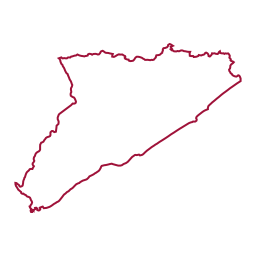 the district of Iguape, São Paulo, Brazil
{"feature_id": "56859067B39620735608420", "entity_name": "Iguape", "entity_type": "district", "adm_level": 2, "iso_a3": "BRA", "parent_name": "Brazil", "parent_adm1": "São Paulo", "projection": "orthographic", "projection_center": [-47.495, -24.592], "detail": "fine", "context": "isolated", "style": "outline", "palette": "rose", "viewbox_px": 256, "rotation_deg": 0, "n_neighbors": 0, "source": "geoboundaries", "source_scale": "gbopen_adm2", "svg_char_len": 5613}
<svg xmlns="http://www.w3.org/2000/svg" viewBox="0 0 256 256"><path d="M43.8,208.2L46.5,207.9L48.0,207.4L49.7,206.8L51.4,205.8L52.8,204.8L53.7,204.1L54.7,203.5L55.7,203.0L56.5,202.3L57.7,201.8L58.7,201.2L59.4,200.5L60.3,199.4L61.8,197.5L62.5,196.6L63.2,195.6L64.2,194.4L65.4,193.6L66.4,192.6L67.2,191.9L68.5,191.3L69.5,190.3L70.6,189.2L71.6,188.7L72.9,187.7L74.5,186.0L75.6,184.9L76.3,184.2L77.2,183.8L78.2,183.3L79.3,183.0L80.2,182.1L81.6,181.3L82.6,180.7L83.5,180.4L86.0,179.6L86.9,179.2L87.9,178.3L88.8,177.3L89.4,176.4L91.5,175.4L92.7,174.8L93.8,174.2L94.8,173.4L95.8,172.9L97.4,171.8L98.6,171.0L99.5,170.0L100.6,168.1L101.0,167.0L101.7,165.9L104.4,165.2L105.4,165.1L107.0,164.8L108.6,164.4L110.1,164.0L111.8,163.7L112.7,164.1L115.6,164.9L118.2,165.6L120.4,165.6L121.9,165.2L123.6,164.0L125.9,163.1L127.7,161.9L128.8,160.7L129.7,159.7L131.1,158.1L132.2,156.9L133.7,155.9L134.7,155.1L135.6,154.9L136.7,155.1L139.0,154.6L139.9,155.4L141.3,155.1L142.5,154.7L143.7,153.7L145.1,152.3L147.0,150.6L148.5,149.5L150.5,148.0L151.5,147.2L154.0,145.6L155.4,144.6L157.0,143.7L159.4,142.0L162.0,140.4L165.6,138.1L168.3,136.3L171.1,134.3L174.0,132.5L176.4,130.9L179.8,128.7L181.8,127.5L184.4,125.9L185.4,125.3L188.0,123.7L189.2,123.0L191.1,122.3L192.2,122.1L193.1,121.5L194.1,121.6L195.4,121.5L196.5,120.6L196.7,119.4L196.1,118.1L196.6,116.8L197.7,115.7L198.8,114.8L199.7,114.1L200.6,113.4L201.5,112.7L202.4,112.0L203.7,111.1L205.0,110.4L206.6,109.7L207.9,109.2L207.9,107.9L208.3,106.2L209.3,105.1L210.3,104.2L211.2,103.4L212.1,102.5L214.1,100.9L215.3,99.9L216.8,98.6L218.2,97.5L219.3,96.6L220.8,95.3L221.9,94.4L223.7,93.0L224.7,92.3L227.0,90.6L227.8,90.0L230.5,87.9L231.3,87.4L235.0,84.8L237.0,83.4L239.5,81.8L240.6,81.1L240.6,79.6L240.6,78.5L240.0,76.9L239.3,75.7L238.2,75.3L237.5,76.0L236.3,76.6L235.1,76.4L234.2,76.1L233.2,75.6L232.2,74.8L231.7,73.8L230.7,73.3L230.1,72.0L229.3,70.9L229.1,69.6L230.0,68.5L230.3,67.0L230.3,65.8L231.1,64.5L232.3,63.6L233.2,62.9L233.8,62.2L232.7,61.4L231.2,61.0L230.5,60.3L230.8,59.3L230.2,58.5L229.4,57.7L229.8,55.9L229.1,54.4L228.1,53.4L226.8,53.6L225.2,53.4L224.3,53.9L223.5,53.3L222.1,53.4L220.3,53.0L219.9,51.3L218.9,52.1L218.3,53.3L217.7,54.0L215.8,53.8L214.6,53.3L213.0,53.5L212.1,53.3L211.7,54.5L210.9,55.5L209.8,56.5L208.6,56.1L208.3,54.4L207.4,53.3L206.1,52.6L205.3,52.9L204.7,53.9L203.7,54.7L202.4,54.9L201.5,55.4L200.0,55.3L198.8,55.0L198.2,56.0L196.5,56.7L195.1,56.9L193.7,57.0L193.3,56.1L192.2,56.0L191.1,56.1L189.8,55.8L189.7,54.3L189.6,53.2L190.1,51.9L189.2,51.9L187.2,51.7L185.5,51.3L183.8,51.1L182.6,50.5L181.1,50.4L179.0,51.3L177.6,51.0L176.4,51.4L175.3,51.4L174.0,51.3L172.8,50.5L171.7,50.3L170.7,49.3L171.9,48.8L171.2,47.9L170.7,46.8L172.9,45.8L170.9,44.5L169.7,44.0L168.2,44.9L167.9,46.2L167.0,47.3L165.0,48.0L163.5,48.2L162.8,49.3L162.9,50.7L162.4,51.5L162.2,52.8L161.0,53.6L160.2,54.5L159.0,55.0L157.5,55.2L156.4,55.3L155.9,56.5L155.8,57.5L154.7,58.6L153.8,59.7L152.6,60.0L151.7,59.8L150.1,60.2L149.1,60.0L147.6,59.8L145.1,59.9L144.2,59.2L143.0,58.6L141.9,57.8L141.1,57.5L139.9,57.1L138.6,56.8L136.9,56.7L135.7,57.4L135.0,58.3L134.2,59.6L133.1,60.7L131.6,61.0L130.2,61.1L129.0,60.7L128.6,59.6L127.6,59.6L126.2,59.1L125.3,58.8L124.7,57.9L125.4,57.0L125.1,56.1L123.8,55.5L122.4,54.5L121.1,54.5L119.9,54.6L119.0,54.3L117.7,54.8L116.6,55.4L115.4,56.2L113.9,56.9L112.2,56.6L112.3,55.3L112.8,54.0L111.3,53.7L109.8,53.4L108.4,53.0L107.3,52.9L106.2,52.9L105.1,52.5L103.7,51.4L102.7,50.8L101.7,51.1L100.8,51.6L100.1,53.1L99.0,54.3L97.9,54.5L97.1,54.2L95.9,53.9L94.7,53.9L93.3,54.0L92.1,54.7L91.0,54.0L89.2,53.8L88.0,54.4L87.7,55.5L86.5,55.9L85.4,56.0L84.4,56.4L82.8,56.1L81.3,55.9L79.3,55.4L78.3,54.9L77.4,54.5L76.0,55.5L74.7,55.6L73.5,56.0L72.3,56.4L71.1,56.6L70.2,57.5L69.0,57.4L67.9,57.5L66.9,58.3L65.5,58.3L64.2,58.1L63.2,58.3L62.3,58.3L61.3,57.4L60.2,57.8L58.8,58.3L59.7,59.1L60.3,60.5L60.4,61.4L61.0,63.0L61.4,63.9L62.4,64.8L62.9,66.3L63.9,67.7L64.5,69.0L65.1,70.6L65.7,71.8L66.5,73.2L67.6,74.0L68.0,75.3L68.7,76.9L69.2,78.1L69.7,79.5L70.7,81.0L71.3,82.4L71.8,84.0L72.3,85.0L72.0,86.2L71.5,87.4L71.0,88.2L70.9,89.4L71.1,90.7L71.3,92.0L70.7,93.3L70.6,94.5L70.8,95.7L71.7,96.4L72.7,97.0L74.1,97.6L74.8,98.7L75.6,100.5L76.0,101.9L75.4,103.2L73.9,103.7L72.8,103.5L72.0,104.2L71.2,105.1L59.3,114.0L58.7,114.8L57.7,117.5L57.7,119.2L58.3,120.6L58.6,121.5L58.6,122.8L58.4,124.0L57.5,124.8L56.6,125.7L56.4,127.9L56.2,129.4L55.9,131.7L54.3,132.1L52.8,131.0L51.7,131.1L50.5,132.3L50.4,133.9L50.5,135.0L50.0,136.1L48.8,136.7L47.3,137.1L46.0,137.9L45.1,139.2L44.4,140.0L43.4,141.7L42.3,142.3L41.2,142.7L40.7,143.7L40.2,144.6L40.1,146.4L40.1,148.1L40.1,149.6L39.7,150.5L38.8,151.4L37.3,152.1L35.9,153.4L35.4,154.4L34.9,156.0L34.0,157.3L33.7,158.7L33.8,159.7L34.3,160.9L33.6,162.2L32.7,163.3L32.6,164.3L33.0,165.2L33.9,166.2L33.0,167.7L32.4,169.0L30.9,168.9L29.7,169.2L28.9,170.4L27.6,171.5L26.9,172.2L26.4,173.0L25.8,174.4L25.3,176.0L25.0,177.1L24.4,177.8L24.1,179.1L23.6,180.1L23.2,181.6L23.1,183.0L22.9,184.2L22.6,185.6L21.7,186.3L20.2,186.7L19.5,186.1L19.0,185.1L18.1,184.4L17.1,183.8L16.6,183.1L15.4,182.9L15.5,184.5L16.1,186.2L16.7,187.0L17.5,188.3L18.3,189.7L19.2,190.4L20.2,191.3L21.1,192.0L21.2,193.0L22.3,193.8L23.4,193.6L24.5,194.6L25.6,194.9L26.6,196.0L27.3,196.6L28.7,196.9L30.0,197.7L30.5,198.8L30.8,199.8L31.8,201.4L32.1,202.4L31.6,204.0L30.8,204.9L30.4,206.0L29.6,206.4L30.0,207.6L31.1,208.8L30.6,210.8L31.1,212.0L32.1,212.0L32.3,210.9L33.4,211.2L33.1,209.9L34.0,210.0L34.9,209.1L35.7,208.9L35.2,207.9L36.2,207.7L37.4,208.7L37.4,210.1L38.7,210.5L39.6,210.2L40.3,209.1L39.8,207.7L41.5,207.0L42.7,206.6L43.8,208.2Z" fill="none" stroke="#9f1239" stroke-width="2"/></svg>